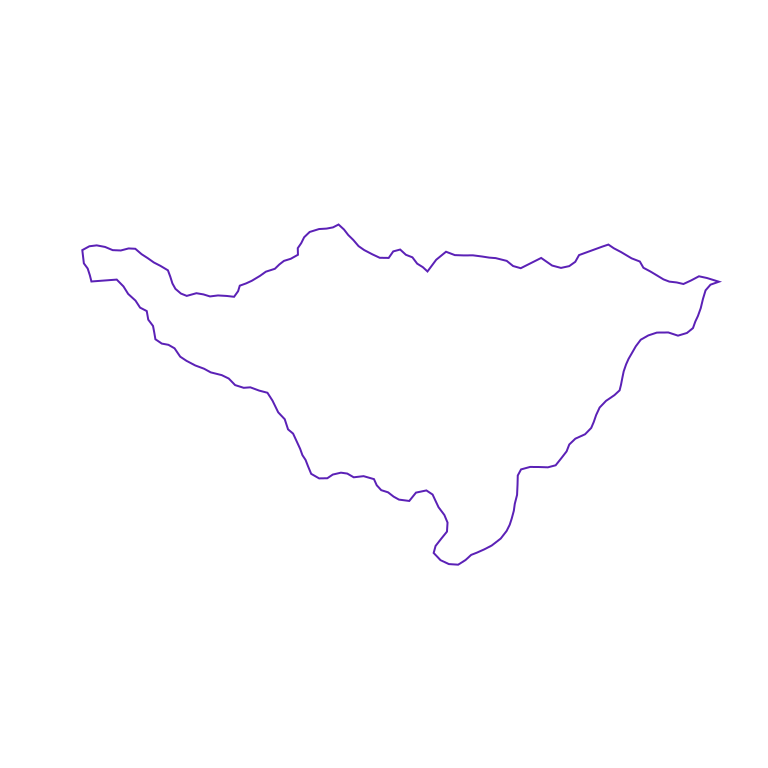 Ipiaú, Bahia, Brazil, rotated 278°
{"feature_id": "56859067B59871971648685", "entity_name": "Ipiaú", "entity_type": "district", "adm_level": 2, "iso_a3": "BRA", "parent_name": "Brazil", "parent_adm1": "Bahia", "projection": "robinson", "projection_center": [-39.724, -14.039], "detail": "fine", "context": "isolated", "style": "outline", "palette": "violet", "viewbox_px": 768, "rotation_deg": 278, "n_neighbors": 0, "source": "geoboundaries", "source_scale": "gbopen_adm2", "svg_char_len": 2701}
<svg xmlns="http://www.w3.org/2000/svg" viewBox="0 0 768 768"><g transform="rotate(278 384 384)"><path d="M247.2,521.1L255.6,525.9L262.2,528.1L268.5,529.2L276.5,530.2L283.6,530.2L292.7,531.2L303.3,530.2L312.0,529.2L318.5,531.6L322.2,540.2L323.4,549.4L324.3,557.9L327.4,565.3L335.0,569.8L342.7,574.2L349.9,575.9L356.5,581.1L362.2,590.1L369.3,595.3L375.6,597.0L382.8,598.4L390.7,600.8L398.2,606.2L405.1,613.8L410.5,618.2L416.2,618.8L423.8,619.2L429.9,619.6L437.1,621.0L443.0,622.7L448.9,625.1L456.4,628.1L463.6,632.1L468.9,639.0L472.9,647.1L474.6,658.4L472.8,668.4L476.7,676.9L482.4,682.2L489.2,683.6L495.0,685.4L503.2,687.1L512.5,688.0L521.5,689.4L527.8,693.5L531.9,701.4L533.9,689.1L534.5,680.9L529.3,673.7L524.7,666.6L525.3,659.7L525.1,652.3L526.5,646.2L528.9,640.6L532.5,632.1L535.2,624.7L540.9,620.3L542.9,611.7L547.6,600.5L550.4,592.7L553.3,586.8L550.4,581.0L538.8,559.2L531.6,556.4L526.5,551.0L523.6,543.1L524.7,534.0L530.7,522.1L517.7,503.3L518.8,495.4L523.0,488.4L524.2,477.1L523.8,470.6L523.9,463.4L523.8,454.3L522.4,444.7L521.5,436.2L523.6,427.0L514.3,418.4L501.5,411.4L505.1,406.2L507.8,400.1L513.4,394.5L515.0,387.7L519.4,381.3L516.6,374.7L509.5,371.1L508.4,362.2L510.8,354.4L513.9,345.7L517.0,339.6L522.4,333.5L526.6,327.8L531.4,322.9L535.6,316.8L532.0,311.7L529.9,305.5L528.4,298.1L524.2,289.2L518.2,284.5L511.9,282.4L506.5,279.7L500.0,280.8L495.0,274.2L492.0,267.8L487.8,263.7L482.9,259.9L478.8,251.4L473.7,246.0L467.8,238.7L464.4,233.4L461.3,227.5L455.6,226.6L449.5,223.4L449.3,216.0L448.6,207.3L446.5,199.5L447.6,192.7L447.8,185.6L443.8,176.4L445.3,170.3L449.2,164.2L454.1,160.5L460.6,157.4L466.5,154.2L469.9,146.1L472.3,139.2L475.8,132.4L478.8,125.9L483.3,118.9L482.7,112.2L479.6,104.8L478.8,96.7L480.9,88.7L481.3,80.2L479.4,73.1L474.6,66.6L461.7,70.0L457.1,74.5L450.7,77.6L444.8,80.0L450.2,104.8L444.4,112.4L437.6,118.1L432.0,126.3L425.7,131.8L423.2,138.9L414.9,141.6L409.3,147.2L403.4,149.2L396.5,151.4L393.1,158.3L392.8,165.1L390.2,171.6L382.7,178.4L379.4,185.3L376.1,194.5L374.1,203.6L371.4,210.8L370.2,222.1L367.8,229.5L362.2,236.7L360.7,245.6L362.1,252.1L360.1,261.3L359.1,269.8L352.0,275.9L341.2,283.2L335.3,290.6L325.7,295.3L322.2,300.9L317.1,304.2L308.1,310.0L302.2,313.1L297.9,316.9L292.0,320.2L284.9,324.4L281.5,332.9L282.8,341.0L287.2,345.9L290.2,353.7L290.2,360.1L287.4,367.0L289.9,376.6L288.4,387.3L282.7,390.9L278.5,396.0L277.3,403.1L273.8,409.2L271.6,414.9L271.7,425.3L280.9,430.8L284.5,440.8L281.3,447.5L275.6,451.2L269.5,455.2L262.7,462.0L255.6,466.2L246.6,466.9L238.6,462.1L230.8,457.6L223.6,456.7L217.4,464.5L214.7,473.3L215.4,482.6L221.1,489.3L226.9,494.1L230.0,499.6L234.2,506.3L239.0,513.1L247.2,521.1Z" fill="none" stroke="#5b21b6" stroke-width="2"/></g></svg>